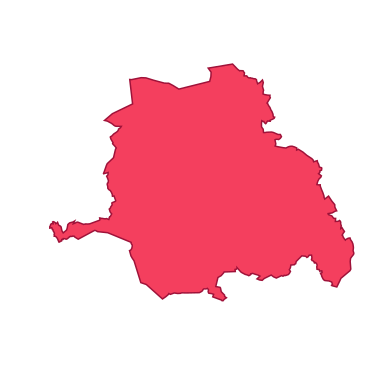 Anaocha, Anambra, Nigeria, rotated 258°
{"feature_id": "59680162B92640548002056", "entity_name": "Anaocha", "entity_type": "district", "adm_level": 2, "iso_a3": "NGA", "parent_name": "Nigeria", "parent_adm1": "Anambra", "projection": "mercator", "projection_center": [7.011, 6.099], "detail": "fine", "context": "isolated", "style": "filled", "palette": "rose", "viewbox_px": 384, "rotation_deg": 258, "n_neighbors": 0, "source": "geoboundaries", "source_scale": "gbopen_adm2", "svg_char_len": 5960}
<svg xmlns="http://www.w3.org/2000/svg" viewBox="0 0 384 384"><g transform="rotate(258 192 192)"><path d="M98.6,337.6L100.8,337.4L101.6,337.5L102.9,338.0L104.4,338.4L107.6,338.6L110.0,338.2L112.3,337.2L114.2,337.0L114.3,335.1L113.5,332.4L113.1,332.0L114.1,331.4L115.3,331.0L116.2,330.6L118.1,330.3L118.6,329.9L120.2,331.3L121.6,332.9L122.8,332.5L123.3,332.2L125.9,331.3L125.3,329.9L126.4,330.2L127.8,331.0L130.0,330.8L131.6,331.2L132.8,330.9L133.5,330.3L133.0,329.3L133.0,328.3L133.4,326.1L136.3,327.0L136.8,325.1L139.6,323.8L141.4,320.9L142.0,320.6L142.6,320.6L142.4,324.7L143.5,328.2L143.5,329.6L147.4,328.6L150.0,329.0L154.0,326.9L159.6,324.7L157.5,320.4L159.8,320.0L160.3,320.3L164.5,319.8L167.5,319.2L170.9,318.7L172.4,318.9L172.6,317.4L173.3,315.7L175.9,317.0L176.9,317.7L178.6,319.2L179.5,320.9L180.9,321.9L181.9,321.1L183.6,319.6L184.3,320.7L184.9,321.3L185.6,321.3L186.1,321.5L186.4,323.2L187.9,323.8L188.8,323.8L189.9,321.8L193.1,321.6L195.0,321.0L196.6,321.0L196.3,317.2L198.2,317.1L199.8,316.1L204.0,311.9L208.0,308.8L211.7,304.9L211.3,303.1L213.3,303.6L214.8,301.6L216.0,299.4L216.3,297.4L216.2,295.7L215.5,293.0L216.4,290.4L218.6,285.0L219.7,282.9L221.6,284.0L225.8,284.0L226.0,284.9L225.9,286.2L225.3,287.6L226.1,289.5L227.5,291.0L229.9,290.4L230.4,288.1L233.3,284.0L234.1,282.3L234.9,277.6L235.0,275.5L235.3,274.3L238.6,274.7L241.1,273.6L242.1,273.7L245.0,274.3L247.2,275.1L246.1,276.3L246.1,276.9L244.7,277.3L243.5,278.2L243.6,278.5L244.5,279.5L245.3,280.1L245.7,280.6L245.0,283.1L245.8,283.0L246.7,287.0L247.1,287.8L248.0,288.4L248.5,287.3L249.8,287.2L251.2,287.4L254.2,286.9L256.0,286.2L258.6,285.8L259.5,285.3L262.2,284.4L263.0,284.4L263.4,283.9L267.9,288.2L269.6,288.0L270.4,288.4L271.0,286.2L272.2,283.3L273.1,281.9L275.7,282.6L276.7,283.2L278.4,283.0L280.8,282.9L284.2,284.5L286.9,284.2L285.1,281.4L284.2,278.7L287.3,278.3L288.5,278.4L289.5,277.5L290.1,275.7L290.8,274.5L291.1,273.5L291.5,273.0L291.6,272.7L291.5,272.4L292.0,271.1L292.9,270.2L293.7,270.0L294.2,269.6L294.8,267.1L295.2,267.2L297.2,268.0L297.8,268.1L298.6,267.6L299.1,267.4L299.7,267.4L300.2,266.4L300.4,265.4L300.7,264.4L300.6,263.8L302.6,262.1L308.7,258.3L309.8,233.6L305.2,235.6L301.0,234.5L296.5,232.3L295.4,200.5L300.2,195.5L303.2,191.9L304.2,187.7L309.3,177.7L313.2,170.7L314.4,166.1L314.5,156.2L315.0,154.5L290.5,152.2L285.2,130.5L280.2,121.3L278.9,124.0L276.0,127.4L274.6,128.7L273.9,129.1L273.2,129.8L272.4,130.6L272.0,131.7L270.9,136.5L269.7,135.3L268.8,133.2L267.8,132.8L266.8,131.7L266.0,130.0L265.1,127.6L263.2,124.8L263.1,123.8L262.7,123.5L260.6,123.7L256.7,125.0L255.9,124.4L255.3,124.6L252.8,126.1L250.8,127.1L249.8,126.1L242.6,122.7L242.2,122.6L241.5,121.8L237.4,115.0L235.8,113.8L229.2,109.8L228.6,109.3L228.2,109.4L228.5,114.0L226.3,113.4L225.2,111.8L223.5,112.2L220.6,112.6L218.5,111.9L218.4,111.4L218.2,111.1L217.3,110.7L216.7,110.6L215.9,110.7L214.4,110.7L213.3,110.4L212.0,110.9L211.3,111.4L210.5,112.3L208.7,113.0L206.4,113.5L204.4,113.3L204.3,114.9L199.3,115.6L199.1,115.5L198.7,114.7L198.2,111.8L197.9,111.3L196.0,111.2L194.2,109.3L193.3,108.8L192.9,108.3L192.5,107.5L192.2,107.6L190.2,107.7L188.9,108.0L187.3,108.9L184.9,106.9L184.9,106.3L184.3,105.8L183.0,105.3L182.4,104.9L183.8,102.9L183.8,101.4L184.9,98.6L184.9,98.0L185.4,97.4L185.8,96.3L184.0,96.2L183.6,95.6L182.1,85.2L182.4,83.1L182.9,81.3L182.7,81.0L183.0,79.7L182.8,79.3L186.1,74.3L186.4,73.6L186.3,72.4L185.9,71.3L185.6,69.2L186.4,69.7L187.6,70.8L188.0,71.1L187.4,69.3L187.3,66.2L186.8,65.0L186.0,63.8L182.4,62.3L180.8,61.3L178.8,57.5L181.2,56.7L184.9,56.7L185.5,56.5L186.1,56.1L186.9,55.1L187.6,54.6L190.3,54.2L189.6,53.3L189.4,52.1L190.1,52.1L190.4,51.9L191.6,50.7L191.9,50.0L191.7,49.5L190.2,49.7L189.7,49.5L190.3,48.4L190.1,47.6L189.5,46.9L188.9,46.7L187.5,45.6L186.2,45.4L186.2,47.4L184.4,47.6L184.2,48.1L182.9,48.1L180.9,48.8L179.9,48.8L179.3,48.3L178.7,48.4L177.4,48.0L177.1,49.0L176.6,49.6L175.5,50.2L174.4,50.7L170.7,51.4L170.6,52.2L171.2,52.9L171.2,54.2L172.6,54.7L172.8,55.2L172.6,55.6L172.3,55.8L172.4,56.1L173.2,56.5L172.7,58.0L172.0,59.0L172.1,60.1L173.2,62.3L173.8,62.9L173.6,63.4L173.9,64.2L173.5,65.1L173.5,65.6L173.7,66.2L173.4,66.9L173.3,67.5L172.5,67.8L169.5,70.9L174.7,88.7L174.2,90.0L172.9,91.3L169.7,101.1L155.4,122.0L154.3,121.8L152.5,122.5L151.2,122.2L149.2,121.3L147.8,119.8L147.7,118.7L142.2,119.0L139.4,119.9L136.8,121.0L114.0,123.1L111.0,128.1L93.5,140.9L95.0,144.5L96.5,147.3L97.5,148.2L96.4,149.5L96.9,153.7L95.7,156.9L95.3,159.5L95.5,161.1L94.6,164.7L92.0,178.3L92.7,180.7L93.4,181.9L94.1,182.3L94.5,182.8L94.8,183.7L94.4,184.9L94.3,186.3L94.6,186.9L94.0,187.3L93.2,187.7L92.9,187.8L92.3,187.6L91.7,187.2L91.0,187.1L89.9,187.2L89.5,187.4L88.5,190.1L87.4,191.9L85.1,190.5L80.2,198.3L79.4,198.8L79.4,199.4L79.2,199.7L80.4,201.3L81.4,203.7L83.0,202.2L84.4,202.4L88.4,199.9L92.2,199.9L92.9,199.6L94.6,195.6L103.0,199.6L104.1,203.1L106.3,206.1L107.1,206.8L105.2,217.8L107.3,218.0L107.2,219.1L107.4,219.2L107.6,220.1L108.7,220.3L103.9,223.0L103.1,223.6L100.4,226.8L99.2,229.1L98.3,230.2L98.8,231.8L99.2,232.5L99.8,232.5L99.8,234.4L98.4,236.7L97.0,239.3L95.6,241.0L93.5,237.5L91.9,239.8L91.0,242.3L92.4,244.7L94.3,252.2L92.0,254.2L90.3,256.6L91.6,262.3L90.8,263.3L90.8,264.0L91.4,264.8L90.9,265.5L90.9,266.6L91.2,269.0L92.1,270.3L93.9,271.8L95.7,271.0L96.8,272.0L97.9,272.7L100.0,273.5L99.6,277.1L100.1,277.6L100.3,278.5L102.4,279.5L106.7,286.1L105.6,289.6L104.9,290.3L104.1,290.8L104.7,292.5L105.2,292.7L105.8,293.4L105.8,293.7L105.4,295.8L102.5,295.6L101.2,294.8L100.0,295.2L99.9,295.7L98.2,297.0L97.4,296.8L97.0,297.3L97.3,297.9L97.3,298.2L95.3,299.2L93.8,299.0L93.0,298.5L90.4,298.2L89.7,300.2L88.0,300.5L87.9,302.5L86.2,302.5L85.9,302.0L85.9,300.8L84.6,301.1L83.7,301.5L83.0,301.3L79.7,302.1L78.3,302.9L77.8,303.5L76.5,307.5L74.9,309.9L72.4,310.2L71.8,309.1L71.3,309.4L69.0,313.9L74.5,318.2L76.6,319.7L82.2,330.2L83.6,331.3L91.2,332.3L94.1,333.3L95.4,334.7L97.3,337.0L98.0,337.4L98.6,337.6Z" fill="#f43f5e" stroke="#9f1239" stroke-width="1.5"/></g></svg>